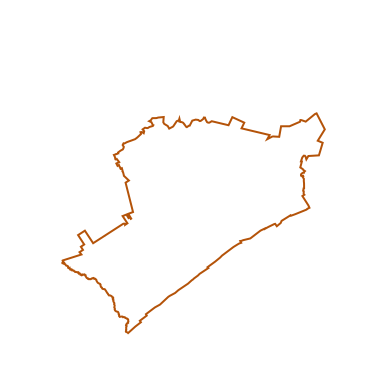 outline of Tamuín, San Luis Potosí, Mexico, rotated 237°
{"feature_id": "50627088B83737206456413", "entity_name": "Tamuín", "entity_type": "district", "adm_level": 2, "iso_a3": "MEX", "parent_name": "Mexico", "parent_adm1": "San Luis Potosí", "projection": "robinson", "projection_center": [-98.718, 22.082], "detail": "fine", "context": "isolated", "style": "outline", "palette": "amber", "viewbox_px": 384, "rotation_deg": 237, "n_neighbors": 0, "source": "geoboundaries", "source_scale": "gbopen_adm2", "svg_char_len": 5594}
<svg xmlns="http://www.w3.org/2000/svg" viewBox="0 0 384 384"><g transform="rotate(237 192 192)"><path d="M172.2,337.5L190.1,339.3L190.4,337.5L189.1,325.7L192.7,322.9L193.3,322.1L192.1,320.8L194.0,309.6L198.6,302.5L190.8,295.2L194.4,290.3L194.8,289.4L195.3,283.9L197.5,288.1L218.4,268.2L221.7,273.6L232.8,266.6L228.1,259.0L240.4,247.3L240.7,246.9L240.6,246.2L240.7,244.7L240.8,244.1L241.4,243.3L242.3,242.7L243.0,242.7L245.4,242.9L246.4,243.1L247.3,243.4L248.0,242.5L247.2,241.3L247.1,240.9L246.9,238.1L247.0,237.8L247.2,237.2L247.5,237.0L249.0,236.5L250.7,234.5L251.7,231.1L248.9,226.2L249.3,225.5L249.2,223.0L249.9,222.6L253.1,222.5L253.1,222.4L254.9,222.3L256.3,221.4L257.0,220.4L257.4,220.3L260.4,221.4L259.0,219.7L259.3,219.7L259.7,218.0L259.7,217.7L257.3,212.1L257.2,211.4L257.6,207.4L260.5,207.6L264.3,205.8L266.1,205.9L270.3,209.1L272.9,204.1L273.3,202.5L275.3,199.4L275.5,198.9L275.4,198.4L274.6,196.6L274.7,194.7L272.6,196.0L269.5,195.6L269.1,195.9L268.7,195.1L269.7,191.8L269.7,190.0L270.0,189.2L271.5,187.6L271.4,184.7L269.0,185.0L267.6,183.5L269.6,182.6L270.2,181.4L268.4,180.8L267.5,175.7L267.3,173.1L268.5,167.8L268.6,167.5L269.3,164.4L269.5,161.7L269.7,161.4L270.1,161.1L269.3,159.6L269.1,159.4L267.0,159.4L266.1,158.4L265.4,157.2L265.6,154.5L265.4,151.5L264.6,151.2L264.8,150.8L264.8,149.6L264.9,149.3L265.2,149.0L265.2,148.3L265.6,146.7L263.2,146.4L261.3,145.6L261.0,145.6L260.5,146.4L260.4,146.6L260.5,146.9L256.7,147.2L257.1,144.1L254.5,143.8L254.5,145.4L252.5,145.0L251.4,145.3L251.2,145.3L250.7,144.7L250.1,144.8L250.0,145.0L250.0,146.1L247.2,145.2L247.1,144.9L246.5,144.9L246.5,145.0L245.9,144.9L245.4,144.7L243.0,143.9L242.7,143.7L236.0,145.3L236.0,141.4L207.3,131.6L208.4,126.7L202.8,126.5L202.8,126.0L204.7,126.0L204.7,124.6L208.8,124.7L209.6,120.7L200.9,120.8L200.9,118.2L201.6,118.8L202.5,117.8L202.8,116.9L202.9,81.2L217.9,81.1L217.9,77.1L217.9,73.0L206.7,73.0L206.6,69.0L202.8,69.0L202.8,64.9L199.8,65.2L205.0,46.3L205.0,46.2L204.5,46.1L203.8,46.1L203.8,45.9L203.6,45.5L203.4,45.5L203.5,45.3L203.4,45.1L203.2,45.3L203.2,45.0L202.9,44.9L202.7,44.7L202.4,45.0L201.9,45.2L201.9,45.3L202.0,45.4L202.4,45.6L202.2,45.8L201.8,45.7L201.6,46.2L201.2,46.2L200.8,46.0L200.4,46.2L200.2,46.4L199.5,46.3L198.8,46.5L198.6,46.5L198.3,47.0L197.4,47.5L196.7,47.5L196.0,46.8L195.7,46.9L195.0,47.3L194.9,47.6L194.9,47.8L194.9,48.0L194.2,47.7L193.8,47.9L193.3,47.6L193.0,47.8L193.0,48.5L192.9,48.7L192.7,48.7L192.5,49.0L192.2,49.0L192.0,48.8L191.8,48.7L191.7,48.7L191.6,49.2L191.3,49.3L191.2,49.5L190.7,49.6L190.5,50.0L190.0,50.0L189.7,50.2L189.1,50.3L188.8,50.6L188.6,50.5L188.4,50.7L188.3,51.0L188.1,51.2L187.8,51.3L187.3,52.1L187.0,52.4L186.6,52.4L186.5,52.9L186.2,52.8L186.2,52.6L185.5,52.6L185.6,53.1L185.3,53.3L185.1,53.2L184.7,53.5L184.4,53.3L183.9,53.5L183.4,53.4L183.3,53.7L183.4,53.9L183.2,54.1L182.6,54.0L182.3,54.0L182.2,54.2L182.2,54.5L182.4,54.8L182.4,55.1L182.1,55.1L182.1,55.3L182.3,55.3L182.2,55.5L181.5,56.2L181.6,56.8L181.4,57.0L181.0,57.0L180.5,57.0L180.2,57.4L179.6,57.2L179.4,56.9L177.4,56.9L177.0,57.0L176.5,57.6L176.2,57.7L176.0,57.4L175.8,57.4L175.3,57.8L175.2,58.1L174.9,58.2L174.7,58.8L174.2,59.3L174.2,59.6L174.0,59.9L174.1,60.4L173.9,60.8L174.0,61.2L173.8,61.4L173.7,61.7L173.8,62.0L173.5,62.7L172.7,62.8L172.4,63.1L172.3,62.9L171.8,63.3L171.7,63.6L170.7,63.9L170.3,63.9L169.9,63.6L167.6,63.5L166.8,63.7L166.3,64.1L165.4,64.4L165.1,64.8L164.2,64.9L163.2,64.2L162.6,64.2L162.2,64.0L161.6,64.0L160.9,64.4L160.0,64.1L159.0,64.6L158.3,65.6L157.9,65.9L155.9,66.0L153.5,65.9L152.6,66.1L151.8,65.9L151.4,66.0L150.4,66.1L150.0,66.9L149.1,67.5L148.2,67.9L147.8,67.8L147.2,68.0L146.9,68.3L146.4,68.4L145.8,68.1L145.6,67.3L144.8,67.1L144.1,67.3L143.8,66.8L143.4,66.6L142.7,66.4L141.3,66.4L140.8,66.2L140.4,65.6L139.5,65.5L138.7,65.2L137.6,64.0L136.4,63.9L135.8,63.3L135.4,63.1L135.1,63.2L134.7,63.0L134.3,63.0L133.9,63.1L133.0,63.5L131.8,64.6L130.9,64.6L129.6,64.0L129.4,64.2L129.2,64.2L128.5,63.9L127.8,63.3L126.6,63.4L126.4,64.1L125.8,65.3L125.3,65.9L124.6,65.9L124.2,66.8L123.4,67.5L122.9,67.4L122.6,67.5L121.5,68.5L120.9,68.7L120.7,68.6L120.3,69.0L119.8,69.0L119.1,68.6L118.7,68.3L118.0,68.1L117.8,67.8L117.7,67.3L117.0,67.1L116.9,66.4L117.2,65.7L116.9,65.1L116.4,64.7L116.4,64.3L116.2,64.1L115.7,64.4L115.1,64.1L114.7,63.7L114.6,63.2L112.5,62.0L112.4,61.7L112.0,61.6L111.8,61.3L111.1,60.6L110.6,60.5L109.2,61.5L108.5,61.6L110.0,71.1L110.6,78.2L112.4,78.1L113.0,86.7L114.6,86.8L115.3,96.5L115.4,98.2L115.0,103.8L117.0,115.1L117.0,116.9L116.5,122.9L117.1,127.1L117.3,138.7L118.1,143.8L118.1,145.1L118.4,146.5L118.7,151.5L119.2,153.8L119.3,164.3L120.5,164.1L121.0,173.5L121.7,179.9L122.3,182.5L123.3,196.8L123.2,201.9L123.1,203.6L122.6,205.6L124.6,205.8L124.1,206.9L123.8,208.2L123.8,208.5L121.3,215.6L122.3,228.3L122.2,229.3L121.7,233.3L121.4,233.1L121.1,237.1L120.3,243.6L120.0,244.4L117.1,244.5L117.7,249.5L119.0,251.4L118.8,262.0L118.2,262.0L117.2,266.3L114.9,278.2L114.9,279.5L115.1,279.6L115.1,279.9L114.8,281.9L117.3,282.3L128.5,282.4L128.5,284.7L129.2,284.6L129.8,284.7L131.5,286.0L131.9,286.1L132.3,285.9L132.6,286.2L132.9,286.2L133.4,286.8L133.8,287.5L134.3,287.6L134.3,287.8L134.2,288.1L136.2,289.4L138.1,290.6L140.4,291.8L142.1,293.0L144.9,293.0L145.1,293.1L144.6,293.7L144.6,293.9L145.1,294.0L145.4,293.3L146.0,292.4L146.4,292.4L147.0,292.7L147.2,292.9L147.6,293.5L147.8,295.3L147.2,296.4L147.7,296.8L148.0,298.1L149.8,297.4L150.8,297.4L153.6,296.2L157.7,300.7L158.3,300.0L160.9,303.3L161.6,305.5L160.9,306.4L159.8,306.5L157.1,305.7L158.8,309.2L153.6,318.4L162.1,328.4L166.5,325.4L172.2,337.5Z" fill="none" stroke="#b45309" stroke-width="2"/></g></svg>